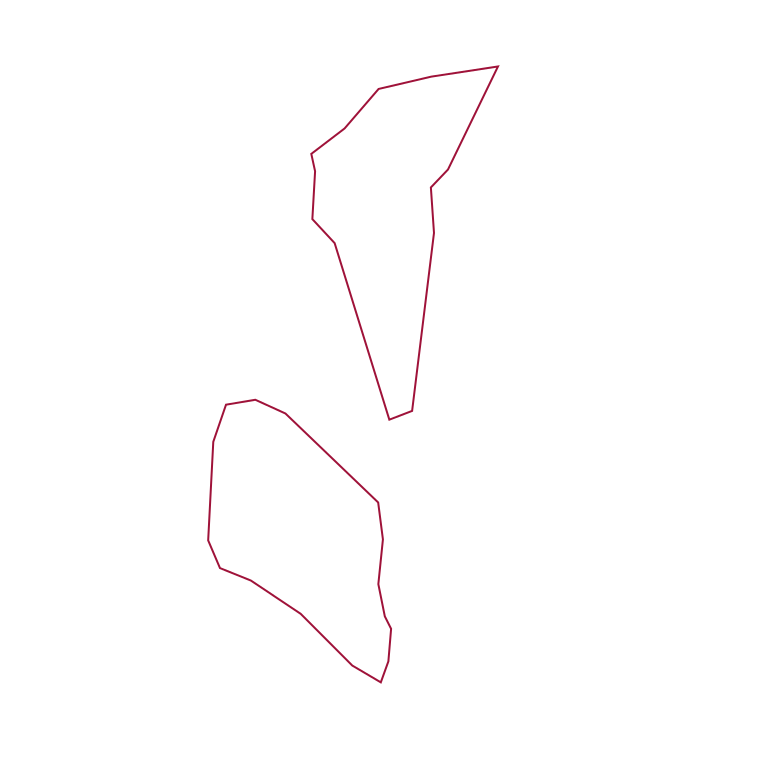 outline of Alo, rotated 69°
{"feature_id": "WLF-4997", "entity_name": "Alo", "entity_type": "state/province", "adm_level": 1, "iso_a3": "WLF", "parent_name": "Wallis and Futuna", "parent_adm1": "", "projection": "albers", "projection_center": [-178.058, -14.317], "detail": "fine", "context": "isolated", "style": "outline", "palette": "rose", "viewbox_px": 768, "rotation_deg": 69, "n_neighbors": 0, "source": "natural_earth", "source_scale": "10m", "svg_char_len": 538}
<svg xmlns="http://www.w3.org/2000/svg" viewBox="0 0 768 768"><g transform="rotate(69 384 384)"><path d="M644.5,479.3L661.4,493.9L635.5,514.5L568.8,544.1L519.8,578.7L497.1,603.1L467.0,604.2L376.8,564.1L346.7,538.9L352.6,509.8L376.2,486.6L492.5,431.9L528.7,440.7L568.8,461.0L601.2,466.5L615.1,465.1L644.5,479.3ZM128.4,163.8L206.7,247.4L217.3,269.8L260.9,283.2L419.2,367.4L419.2,391.8L234.8,379.6L204.4,391.8L160.7,372.1L143.1,369.4L131.3,329.2L106.6,283.3L114.0,229.7L128.4,163.8Z" fill="none" stroke="#9f1239" stroke-width="2"/></g></svg>